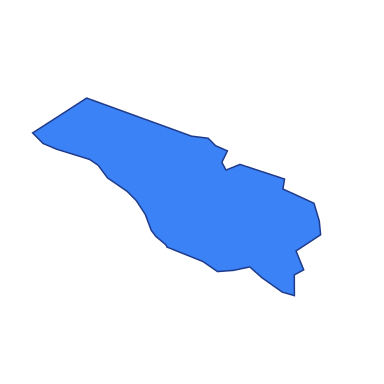 Rishtan, Ferghana, Uzbekistan, rotated 52°
{"feature_id": "79887680B55536658077788", "entity_name": "Rishtan", "entity_type": "district", "adm_level": 2, "iso_a3": "UZB", "parent_name": "Uzbekistan", "parent_adm1": "Ferghana", "projection": "robinson", "projection_center": [71.249, 40.386], "detail": "fine", "context": "isolated", "style": "filled", "palette": "blue", "viewbox_px": 384, "rotation_deg": 52, "n_neighbors": 0, "source": "geoboundaries", "source_scale": "gbopen_adm2", "svg_char_len": 620}
<svg xmlns="http://www.w3.org/2000/svg" viewBox="0 0 384 384"><g transform="rotate(52 192 192)"><path d="M53.1,217.2L49.9,253.0L47.3,281.2L62.0,279.5L75.0,272.3L103.2,252.7L113.1,249.5L128.9,249.9L151.3,242.8L164.6,241.2L180.8,242.6L197.1,247.7L204.9,247.8L217.5,245.1L220.1,245.6L253.5,226.2L270.4,220.9L279.3,207.6L286.6,192.6L302.5,189.7L326.5,182.5L336.7,175.1L320.3,162.4L322.1,151.9L302.5,146.3L304.9,117.0L293.3,109.6L276.0,102.8L245.6,118.5L238.8,111.1L199.8,137.2L195.6,151.7L187.0,150.2L181.4,138.8L170.0,144.9L159.5,146.2L147.7,158.0L53.1,217.2Z" fill="#3b82f6" stroke="#1e3a8a" stroke-width="1.5"/></g></svg>